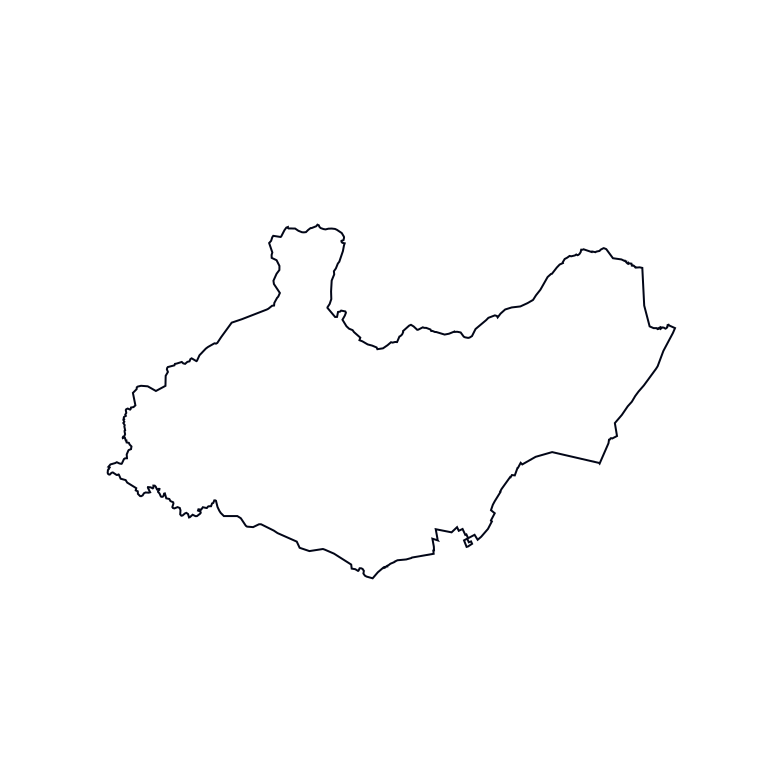 Kalkūnes pag., Daugavpils, Latvia, rotated 66°
{"feature_id": "27541924B79116977656137", "entity_name": "Kalkūnes pag.", "entity_type": "district", "adm_level": 2, "iso_a3": "LVA", "parent_name": "Latvia", "parent_adm1": "Daugavpils", "projection": "orthographic", "projection_center": [26.423, 55.84], "detail": "fine", "context": "isolated", "style": "outline", "palette": "ink", "viewbox_px": 768, "rotation_deg": 66, "n_neighbors": 0, "source": "geoboundaries", "source_scale": "gbopen_adm2", "svg_char_len": 6162}
<svg xmlns="http://www.w3.org/2000/svg" viewBox="0 0 768 768"><g transform="rotate(66 384 384)"><path d="M559.3,407.7L556.2,406.7L556.4,406.0L552.8,404.6L545.0,402.7L548.8,398.4L547.5,398.5L547.1,398.1L537.7,395.8L547.0,382.6L544.5,375.5L548.5,375.4L548.4,371.2L554.9,371.1L554.9,369.9L559.1,369.9L558.6,362.6L564.4,361.8L563.1,357.4L558.7,348.0L553.4,341.3L552.3,341.9L551.9,341.5L547.1,335.4L542.8,337.6L538.6,333.7L536.2,330.6L530.0,321.5L529.6,321.7L527.8,319.4L520.3,306.6L520.7,306.3L519.2,304.2L520.7,301.7L515.0,296.2L515.1,295.7L511.6,291.2L513.7,290.4L512.2,275.1L514.6,258.1L543.6,219.6L544.4,219.4L529.4,203.0L526.4,201.1L526.6,200.3L525.9,199.3L525.8,198.6L526.6,197.7L526.3,192.3L513.6,189.0L509.0,179.3L503.5,170.4L501.0,164.8L497.1,159.3L494.4,154.5L491.0,147.2L480.7,129.2L479.1,126.8L467.4,115.3L454.9,99.3L451.3,95.4L446.4,99.8L445.6,99.9L445.5,100.8L446.3,101.0L446.5,101.8L447.4,102.2L447.9,103.5L447.9,104.4L446.3,105.5L445.6,106.6L445.7,107.1L444.8,108.0L446.0,108.4L446.2,109.1L444.6,109.7L444.7,110.5L445.3,111.0L445.1,111.8L443.9,112.1L442.6,115.0L439.4,117.9L418.2,114.4L383.0,100.8L381.4,103.0L380.2,106.3L379.6,106.5L379.7,107.0L377.7,107.6L376.9,109.0L376.6,108.6L375.9,109.3L374.7,109.0L373.5,111.0L373.6,111.5L372.7,111.5L373.0,112.5L371.3,113.2L370.6,112.8L370.0,113.6L369.3,113.8L369.3,114.3L366.8,116.4L362.2,123.7L351.2,126.1L349.6,127.6L349.2,128.2L349.4,131.4L350.1,133.0L349.4,136.2L349.6,137.2L347.6,140.0L348.0,140.5L342.1,146.9L342.1,148.0L341.5,149.2L343.5,150.7L344.7,152.5L345.1,153.9L345.0,154.9L343.9,155.7L344.2,157.3L343.5,161.0L342.5,162.4L343.1,165.2L343.3,168.1L345.5,171.2L346.3,171.3L346.3,174.9L347.9,178.8L351.6,185.7L351.4,186.7L352.8,191.0L361.5,202.8L364.8,209.1L367.8,213.6L368.5,220.1L368.6,227.9L366.0,236.2L365.2,243.0L367.1,248.9L369.4,253.1L367.8,253.2L366.4,254.8L366.0,261.7L367.2,264.7L371.0,278.0L376.0,284.1L376.4,286.9L376.1,288.4L374.3,291.0L373.2,291.9L368.1,293.0L366.1,295.8L364.9,298.9L364.7,298.8L364.5,304.2L363.5,308.5L357.7,315.2L357.2,316.3L355.2,318.2L354.8,319.3L353.1,319.4L349.9,322.6L349.0,324.5L348.0,325.5L348.3,330.6L348.0,331.6L343.5,333.5L340.9,335.3L340.9,337.3L343.4,345.1L344.4,345.4L346.1,347.3L346.9,349.5L346.9,350.6L351.0,355.0L350.1,356.9L349.7,359.3L348.7,360.6L350.0,365.0L351.0,370.4L349.5,375.9L347.6,375.9L344.1,379.2L341.2,382.8L336.2,386.4L334.0,388.6L332.0,386.8L324.4,390.3L322.0,390.8L319.3,393.4L316.0,394.8L308.4,395.8L305.6,392.0L303.4,389.8L302.0,389.8L299.5,393.3L300.0,394.5L299.5,396.7L303.6,399.6L302.9,401.4L291.4,404.7L290.9,404.4L288.8,401.1L285.0,397.6L277.9,394.7L268.2,389.7L263.6,384.9L260.6,383.9L258.9,381.0L255.2,377.2L254.1,375.1L245.9,367.5L241.0,364.1L239.5,362.7L238.1,364.6L236.7,365.0L235.9,364.6L236.1,362.5L234.1,361.0L233.1,360.7L228.9,361.2L224.0,364.3L222.4,365.7L220.7,368.6L219.5,371.6L219.0,374.5L217.9,376.2L215.7,378.5L214.0,379.1L212.5,379.0L211.4,380.0L212.3,381.6L212.1,386.7L211.7,387.7L212.4,390.6L213.5,393.5L212.9,395.5L212.0,397.2L209.2,399.9L205.8,402.0L203.1,407.9L202.3,408.4L201.5,408.0L201.4,409.6L203.0,412.4L207.5,418.0L207.6,418.7L203.6,424.9L204.5,426.4L207.3,428.9L208.5,431.6L218.4,432.5L220.4,434.2L223.1,435.3L227.2,431.8L233.6,431.5L237.3,433.2L239.6,437.3L244.7,443.0L247.9,443.9L258.5,442.1L261.2,445.1L261.8,446.6L265.3,451.2L267.6,452.5L267.0,454.4L268.2,459.0L268.3,460.8L267.0,487.5L266.0,498.2L275.0,513.8L278.7,519.6L278.8,521.1L278.0,522.0L277.9,522.7L278.6,529.8L279.2,532.4L282.7,540.9L286.7,545.4L286.8,546.1L282.3,549.3L282.5,550.7L284.2,552.5L283.8,554.6L284.7,557.5L283.5,559.0L281.6,559.8L281.0,565.2L280.6,566.8L281.7,567.9L280.6,574.6L281.2,575.6L282.3,576.4L285.1,576.5L287.7,580.1L296.8,584.4L297.6,595.2L290.0,600.8L286.8,606.7L286.2,610.1L286.5,611.2L288.1,612.1L290.0,617.0L302.4,619.8L303.2,622.2L302.6,624.7L303.8,625.6L304.1,626.4L302.2,628.1L302.2,629.7L302.8,630.5L305.6,631.2L306.7,632.8L308.1,632.8L308.3,634.8L309.4,635.8L310.5,635.7L310.8,636.7L312.9,636.6L313.6,638.0L316.1,637.6L317.2,638.5L321.0,639.3L321.1,639.9L322.1,640.4L324.5,640.9L326.1,642.5L326.0,643.7L326.7,644.5L327.2,644.6L327.2,643.5L327.8,642.6L330.6,642.9L330.8,642.3L332.7,642.9L334.0,641.0L335.8,641.0L338.3,640.1L340.6,641.6L340.5,644.1L340.8,644.6L343.7,647.7L347.3,649.0L346.6,650.8L346.8,652.1L350.1,655.9L350.1,656.5L348.9,658.1L346.8,659.9L346.9,661.8L346.2,666.6L347.5,669.3L348.0,668.6L348.7,668.5L349.3,669.9L349.9,670.1L350.3,671.2L352.8,672.6L354.0,672.6L354.8,672.1L355.2,671.4L354.3,669.0L354.5,667.7L358.3,665.3L358.7,664.4L358.6,663.4L358.9,663.1L363.4,663.1L366.7,659.1L369.6,658.7L378.4,652.7L380.2,654.1L381.9,652.6L384.3,653.5L387.2,652.4L387.7,651.5L387.6,649.8L386.2,647.8L386.1,646.0L387.6,643.1L387.8,641.7L382.7,641.9L382.2,641.5L383.5,639.2L385.3,637.7L385.0,636.9L383.0,636.0L383.6,634.8L384.9,634.3L387.9,634.3L388.2,632.2L388.5,631.8L389.3,632.3L389.8,633.8L390.6,634.3L392.7,633.6L396.0,633.6L396.7,632.9L397.0,632.0L396.3,630.7L394.7,629.5L394.8,628.7L399.9,629.4L401.7,626.9L404.1,626.7L406.3,624.7L407.6,625.0L410.3,627.4L411.5,627.2L412.4,626.1L412.5,622.7L414.2,621.0L416.6,621.3L420.2,623.2L421.9,622.7L422.2,621.5L421.3,618.6L421.3,617.0L423.1,615.9L426.6,616.4L426.7,615.5L425.6,612.0L428.0,610.0L428.6,608.6L427.7,604.8L427.1,603.8L425.8,603.6L424.0,605.4L423.0,604.5L424.4,602.1L422.9,599.6L425.1,596.6L425.2,596.1L424.4,594.7L424.4,593.9L425.3,591.7L423.2,589.7L423.2,588.3L421.3,586.4L421.6,585.6L422.3,585.0L428.6,586.1L432.8,586.0L435.4,585.6L439.5,584.0L445.0,571.7L448.4,569.4L457.3,567.9L458.6,567.1L461.5,561.8L461.3,555.2L462.2,553.3L473.1,544.3L476.9,541.9L492.5,527.8L499.3,527.7L506.3,520.1L509.9,506.9L511.3,505.4L518.6,498.7L535.6,487.4L539.5,488.6L541.5,485.6L544.2,483.7L544.1,483.1L542.4,481.2L543.0,479.9L544.2,478.8L546.5,478.4L548.8,479.9L551.3,479.4L552.8,478.3L556.9,473.4L553.5,466.2L551.5,459.4L551.4,458.7L552.1,458.7L552.1,457.9L551.5,457.9L552.0,455.3L551.4,455.3L551.3,453.2L550.8,451.3L550.9,446.8L550.6,446.6L550.5,443.4L553.3,435.1L554.1,429.7L553.9,429.1L559.3,407.7ZM565.8,368.5L563.2,368.5L563.1,370.9L559.1,370.9L559.4,374.5L566.4,374.8L566.6,373.4L565.8,368.5Z" fill="none" stroke="#020617" stroke-width="2"/></g></svg>